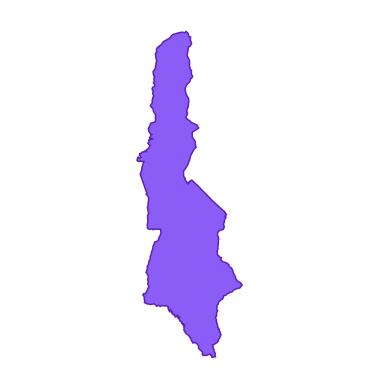 Rasinari, Sibiu, Romania, rotated 119°
{"feature_id": "2599482B32433549776599", "entity_name": "Rasinari", "entity_type": "district", "adm_level": 2, "iso_a3": "ROU", "parent_name": "Romania", "parent_adm1": "Sibiu", "projection": "equal_earth", "projection_center": [23.983, 45.649], "detail": "fine", "context": "isolated", "style": "filled", "palette": "violet", "viewbox_px": 384, "rotation_deg": 119, "n_neighbors": 0, "source": "geoboundaries", "source_scale": "gbopen_adm2", "svg_char_len": 6087}
<svg xmlns="http://www.w3.org/2000/svg" viewBox="0 0 384 384"><g transform="rotate(119 192 192)"><path d="M311.8,180.0L311.5,176.6L310.9,175.5L310.6,173.7L310.1,173.3L308.8,171.6L308.2,171.3L308.2,169.7L309.0,167.5L307.4,166.4L307.3,165.3L307.6,164.3L306.6,163.8L305.2,162.0L304.7,160.1L303.8,159.2L303.8,158.2L304.1,157.6L303.9,157.0L305.1,156.7L307.3,154.0L307.4,153.8L305.2,153.6L305.9,152.7L307.2,151.9L306.6,150.9L307.6,150.8L308.1,150.4L308.3,149.2L307.6,148.1L308.6,147.5L308.8,146.5L309.4,146.0L309.0,145.5L308.3,145.1L307.7,144.9L306.9,145.2L306.9,144.6L307.4,144.0L308.9,143.4L308.4,142.8L307.4,142.3L307.4,142.1L307.9,142.2L307.8,141.9L308.0,141.9L308.7,142.4L309.9,141.2L309.8,140.9L310.2,140.4L310.8,139.9L310.8,139.4L310.4,138.6L310.9,137.8L311.3,137.5L311.3,137.2L311.7,137.2L311.5,136.4L311.9,136.6L311.9,136.1L312.5,136.0L312.6,135.5L312.3,135.1L312.5,134.9L312.5,134.4L312.1,134.1L313.0,133.9L312.6,133.7L313.0,133.5L313.7,133.8L314.9,132.8L316.6,132.2L316.9,131.9L316.9,131.4L317.9,130.3L318.9,128.0L318.9,126.5L319.3,125.0L321.0,121.8L322.4,120.2L323.0,118.6L323.6,118.3L323.3,117.6L322.7,117.1L322.1,116.2L322.5,114.2L322.4,113.3L323.4,111.8L325.8,110.3L326.9,105.0L328.8,104.5L329.6,103.1L327.9,100.2L325.2,98.0L325.2,97.2L325.6,96.6L325.3,96.1L325.9,95.7L326.8,94.6L326.8,94.2L325.6,93.1L324.7,91.6L323.6,92.8L322.7,93.0L322.0,93.5L321.0,94.5L320.9,95.2L318.8,96.8L318.2,97.8L317.0,98.7L316.0,99.9L315.7,99.9L315.7,99.5L314.6,98.6L313.4,98.3L312.0,97.3L310.8,97.2L310.1,96.8L309.4,96.8L308.3,97.3L305.9,97.0L305.2,97.3L303.0,97.3L302.4,98.3L301.3,99.2L300.8,100.1L300.5,100.1L300.5,100.6L298.9,101.7L299.1,102.4L298.4,102.6L297.3,104.4L296.7,104.6L295.7,105.5L295.0,106.3L295.0,106.7L293.9,107.1L293.1,108.5L292.2,108.4L291.0,110.0L289.7,110.7L289.3,110.5L288.6,110.5L286.1,111.7L284.9,112.0L283.6,111.9L282.2,113.9L280.7,114.2L280.1,114.7L279.0,115.0L276.9,114.8L276.1,115.2L274.4,115.2L272.8,114.4L272.4,114.5L271.0,113.5L269.4,113.4L267.9,113.8L266.9,113.5L265.4,112.1L263.9,111.8L262.8,110.7L261.1,110.1L260.3,108.8L259.5,108.3L258.1,108.2L255.4,106.6L254.7,106.1L254.1,105.0L252.6,103.5L251.3,103.5L249.0,103.0L247.9,105.5L247.8,109.0L246.6,111.8L244.9,113.1L243.6,115.6L240.4,118.9L239.3,120.7L239.3,122.1L239.0,123.1L237.7,124.9L237.3,126.1L237.4,128.5L238.0,130.7L238.0,131.7L237.4,133.4L237.5,134.2L235.2,134.5L235.4,136.3L234.8,137.7L234.8,138.8L233.2,140.3L232.1,141.0L229.3,141.7L227.0,143.0L223.4,144.4L221.8,145.4L220.4,145.7L220.0,146.2L219.1,146.5L217.3,148.8L215.2,149.8L213.8,149.8L212.9,149.4L211.5,148.5L209.9,146.8L209.2,146.5L206.4,147.0L205.8,148.2L204.0,149.1L202.4,149.1L201.2,149.8L199.8,150.2L197.5,150.0L197.2,151.5L195.0,150.9L194.3,153.0L193.9,153.0L193.1,155.0L193.1,155.9L189.5,170.9L189.4,171.0L183.6,190.4L181.7,198.0L183.9,199.2L185.3,199.1L185.2,199.8L186.9,199.6L184.5,204.2L183.4,204.5L182.9,205.6L182.8,206.2L182.1,207.0L178.8,209.0L176.9,209.6L175.5,209.1L170.4,208.9L164.3,209.8L161.7,210.7L158.2,210.9L153.1,210.9L150.9,210.0L149.6,211.5L146.1,213.9L144.6,216.9L143.6,218.4L140.5,220.4L138.8,220.4L133.5,217.4L132.8,217.2L131.1,220.2L131.1,222.9L131.6,226.2L130.8,228.6L130.5,231.9L130.2,232.8L129.5,233.3L128.9,233.6L126.0,233.8L124.6,234.7L123.9,235.6L123.1,236.2L119.6,236.6L113.9,238.9L111.6,240.7L110.4,243.0L108.1,245.8L104.5,248.3L101.1,248.6L98.7,248.1L97.2,247.5L95.8,247.5L94.0,248.2L92.8,247.6L90.9,247.3L90.6,247.5L88.9,250.0L87.3,250.6L85.9,251.6L85.6,252.8L84.0,254.2L82.8,255.6L80.9,256.3L77.8,258.4L75.4,262.0L74.5,262.8L69.5,264.3L67.2,265.3L66.9,265.4L65.7,264.4L62.3,264.3L59.7,267.2L57.1,268.4L57.6,269.3L57.1,270.5L55.2,272.3L54.4,275.0L56.2,275.7L56.6,276.3L56.8,277.9L58.8,280.4L63.9,285.3L67.9,286.1L70.9,287.7L73.8,289.6L75.5,290.2L77.7,290.2L79.3,291.1L80.8,291.3L81.6,292.0L83.7,292.4L85.7,291.6L86.7,290.6L88.2,291.1L89.5,290.7L90.1,290.0L92.5,288.4L93.9,286.8L97.1,285.8L97.3,285.5L99.2,285.1L100.2,284.5L102.7,283.9L103.9,284.0L104.7,284.4L106.0,284.2L106.9,283.3L107.5,283.0L107.7,282.6L108.1,282.6L108.8,281.6L108.8,280.8L109.7,280.8L111.6,280.2L113.2,278.8L115.2,278.7L115.8,277.4L115.8,277.0L117.2,276.1L118.5,276.3L118.9,276.9L119.8,277.2L120.7,277.1L121.0,276.7L121.9,276.3L122.2,275.0L122.4,274.7L123.5,274.7L124.9,274.2L125.7,273.3L125.7,272.9L126.9,271.9L128.3,272.1L129.6,271.5L130.7,271.5L133.5,269.9L135.5,270.3L136.9,270.1L138.4,266.2L140.1,264.9L140.8,263.7L141.2,262.1L142.4,261.4L143.2,260.4L144.4,260.4L145.1,259.7L146.3,259.1L147.4,258.3L147.8,258.5L148.7,258.3L151.5,261.2L152.4,261.5L154.3,261.0L157.2,261.0L158.5,260.4L159.5,259.5L160.9,257.5L160.9,257.0L161.5,256.0L161.2,255.1L162.1,255.5L163.9,255.3L164.8,255.5L165.3,255.2L165.5,254.8L164.9,253.9L164.6,252.5L164.7,252.1L167.5,255.0L169.1,254.0L170.7,254.2L171.4,252.8L171.6,251.3L174.6,251.1L177.5,252.3L179.4,251.1L178.4,252.1L179.1,252.1L178.9,252.8L179.1,253.2L180.5,253.8L181.3,255.1L182.5,255.0L183.7,256.4L185.3,255.8L185.4,254.8L186.6,253.4L187.4,253.6L188.1,254.3L187.4,255.3L187.4,255.8L187.7,256.1L188.4,256.2L191.0,255.4L191.3,254.5L191.1,253.6L189.6,251.2L189.2,250.2L189.2,249.5L188.7,248.8L191.3,248.4L194.5,247.7L197.4,246.6L201.7,245.8L213.9,232.1L214.7,230.9L215.5,230.8L216.2,231.1L216.6,229.3L217.9,227.5L219.0,226.5L223.0,225.0L224.7,224.0L226.8,223.7L231.7,219.7L232.6,219.4L233.5,219.6L234.3,219.4L237.8,217.1L239.7,216.1L242.6,215.2L243.6,214.3L245.0,213.7L245.4,213.1L245.4,211.3L245.0,210.5L244.2,209.9L243.8,209.2L243.8,207.6L243.0,207.2L241.8,205.7L241.6,204.8L239.8,201.5L243.5,198.9L247.9,198.8L249.5,198.2L251.1,198.3L252.0,198.7L253.8,200.3L254.6,200.4L256.7,199.8L258.6,199.8L259.7,199.0L262.6,198.4L263.5,198.5L264.9,197.9L267.7,197.2L268.8,197.2L270.9,196.0L273.7,196.1L274.6,195.5L277.2,194.9L278.4,195.1L279.1,195.0L279.5,194.4L281.3,193.6L282.4,193.7L283.7,193.2L284.7,193.2L285.0,191.8L285.8,191.1L286.6,189.5L288.1,188.8L290.4,188.3L291.7,186.7L292.3,186.4L293.7,186.3L296.1,183.5L297.8,183.9L299.8,183.5L303.0,183.5L303.3,183.2L304.3,184.9L305.9,185.0L306.1,184.3L307.1,182.8L308.3,182.2L310.7,180.2L311.8,180.0Z" fill="#8b5cf6" stroke="#5b21b6" stroke-width="1.5"/></g></svg>